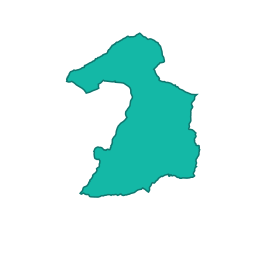 Tasco, Boyacá, Colombia, rotated 228°
{"feature_id": "7082276B19242876050337", "entity_name": "Tasco", "entity_type": "district", "adm_level": 2, "iso_a3": "COL", "parent_name": "Colombia", "parent_adm1": "Boyacá", "projection": "natural_earth1", "projection_center": [-72.717, 5.898], "detail": "fine", "context": "isolated", "style": "filled", "palette": "teal", "viewbox_px": 256, "rotation_deg": 228, "n_neighbors": 0, "source": "geoboundaries", "source_scale": "gbopen_adm2", "svg_char_len": 5865}
<svg xmlns="http://www.w3.org/2000/svg" viewBox="0 0 256 256"><g transform="rotate(228 128 128)"><path d="M69.5,167.1L70.8,167.8L71.9,167.8L73.1,168.1L73.5,168.5L73.8,169.0L74.5,169.2L74.9,169.5L75.3,170.1L75.8,170.6L75.7,171.3L76.2,172.9L76.9,173.3L78.0,173.5L78.9,175.1L79.8,174.9L81.0,175.0L83.5,174.6L85.0,173.6L86.1,172.5L86.6,172.4L86.9,172.6L87.9,174.6L89.6,175.6L90.2,176.3L90.9,178.8L91.4,179.6L94.9,182.5L95.4,183.2L96.4,184.0L97.2,184.9L98.1,185.5L98.6,186.0L99.6,187.6L100.0,189.5L100.5,190.3L101.6,190.3L101.9,190.8L102.2,190.7L103.1,191.0L104.0,192.0L104.2,192.5L104.7,196.4L105.0,196.8L106.7,198.6L106.8,199.5L106.8,201.5L108.0,200.1L110.5,197.7L114.9,195.6L115.9,194.9L119.7,193.9L122.1,192.6L123.5,192.3L125.2,192.5L125.7,192.3L126.1,191.6L126.9,191.3L127.2,191.3L127.8,191.8L128.1,191.9L128.5,191.8L128.7,191.0L129.1,190.6L129.5,190.5L132.0,190.0L132.8,189.6L135.1,188.2L136.5,186.7L138.2,186.1L139.0,185.0L140.2,184.1L142.3,183.2L143.1,183.2L143.5,184.2L144.8,184.7L145.7,184.8L147.3,184.5L150.6,185.3L153.0,186.4L154.4,186.4L154.5,190.7L154.9,192.0L154.9,192.9L154.8,194.3L155.1,195.2L153.8,197.2L153.1,198.5L153.1,199.5L153.6,200.0L156.7,201.8L158.7,202.1L159.5,202.5L162.1,204.4L167.0,206.8L169.7,206.8L171.1,207.3L171.4,207.3L173.2,206.4L175.5,206.1L178.3,204.9L179.0,204.5L179.9,203.4L180.4,202.2L180.7,202.0L183.7,201.8L184.6,201.3L185.4,200.6L189.9,200.3L190.6,200.1L190.8,199.5L190.9,198.3L191.2,197.8L191.4,197.0L191.5,196.2L191.3,195.0L192.3,192.8L194.1,190.9L194.2,190.3L194.6,190.0L196.0,189.5L196.5,188.9L196.7,186.5L196.9,186.1L197.0,185.3L197.3,184.9L197.6,183.6L197.5,182.7L197.9,181.6L197.9,180.8L198.2,180.2L198.4,178.6L198.8,177.4L199.2,177.2L199.4,176.7L199.4,175.9L199.0,174.9L199.1,174.7L199.4,174.5L199.4,173.9L199.3,173.6L199.6,173.1L199.6,172.4L200.0,171.4L199.6,170.7L199.6,169.8L199.2,169.1L199.3,168.2L199.0,167.8L198.9,167.3L198.9,166.7L199.1,165.9L198.6,164.9L198.7,164.4L198.1,164.0L197.7,162.6L197.7,162.1L198.2,160.6L198.8,159.6L198.9,158.6L199.2,158.1L199.0,157.1L199.5,155.4L199.7,153.7L200.4,153.0L200.4,152.3L200.2,151.7L200.3,151.3L201.1,150.4L201.1,149.9L200.6,149.2L200.7,148.7L200.5,147.9L201.1,146.9L201.1,145.9L201.5,144.2L201.9,143.3L202.7,139.6L203.0,138.8L202.9,138.0L203.4,137.7L203.2,136.9L202.6,136.5L202.3,136.0L203.4,134.3L203.5,132.7L204.4,130.3L204.8,129.7L206.0,127.3L207.2,126.6L207.4,124.9L208.2,123.0L208.1,122.3L207.6,120.6L207.0,120.2L206.9,119.1L206.7,119.0L206.8,118.8L206.3,117.9L206.3,117.6L206.1,117.4L206.2,117.0L205.8,117.0L205.7,116.4L205.4,115.2L205.0,114.9L204.4,114.8L204.1,114.6L204.0,114.0L203.7,113.6L202.1,114.5L201.6,115.0L200.9,116.0L200.4,117.2L199.8,117.6L197.1,118.3L194.6,118.5L188.2,120.5L185.9,120.8L184.9,120.8L183.9,120.6L182.6,120.6L181.9,120.3L180.2,123.6L179.2,127.0L177.6,131.0L177.2,133.0L178.4,133.6L178.9,134.0L179.2,134.5L180.4,135.2L179.8,137.9L180.0,141.6L178.4,142.2L178.4,142.4L173.0,147.1L172.1,148.1L171.9,149.1L171.2,149.8L170.6,149.1L166.4,153.1L164.7,154.5L163.9,154.9L158.5,156.3L157.2,156.4L156.2,156.3L154.5,155.6L152.0,153.5L148.4,152.3L147.3,151.1L146.6,148.6L146.1,147.7L143.2,144.3L142.7,142.4L142.4,140.6L141.8,138.7L141.7,137.6L141.4,137.0L140.2,135.7L139.4,135.1L137.4,134.4L136.6,134.4L136.0,131.7L135.9,129.1L136.4,125.6L136.1,123.9L136.0,122.3L135.2,120.2L133.4,117.1L133.1,116.9L132.7,116.3L131.5,115.0L130.8,113.2L130.7,111.3L129.9,108.7L128.0,106.8L127.5,106.6L127.4,106.2L127.1,106.0L127.0,105.6L126.8,105.5L126.8,105.1L126.2,103.9L126.2,103.3L125.3,102.7L125.1,102.2L125.1,101.8L124.4,101.1L124.0,100.2L124.1,99.9L124.5,99.8L124.7,99.3L125.1,99.1L125.3,99.1L125.8,98.8L126.1,97.9L126.1,97.2L126.3,97.2L126.3,96.9L126.5,96.9L126.6,96.3L127.4,96.0L127.6,95.5L130.9,95.3L132.0,94.6L132.7,93.7L133.9,93.0L134.4,92.2L134.4,91.7L134.8,90.5L134.7,89.6L133.4,86.9L133.1,87.0L132.6,86.8L131.2,85.3L129.4,84.0L128.0,83.2L126.9,83.2L126.0,83.8L125.4,83.9L124.2,85.5L123.8,85.3L123.0,85.3L122.5,85.2L121.6,84.4L120.7,83.3L120.5,82.6L120.2,82.4L119.7,81.9L118.8,81.2L118.6,80.7L118.5,80.1L118.8,78.6L118.7,77.3L117.5,76.8L117.0,76.1L116.8,75.2L116.5,74.7L116.4,73.6L116.6,72.9L116.6,70.6L116.1,69.7L115.6,69.3L115.4,69.0L114.9,67.3L114.7,65.7L114.8,64.7L113.9,64.0L113.8,63.7L113.9,63.1L113.7,62.5L113.2,61.7L112.8,60.6L112.5,58.5L113.5,55.8L113.5,54.9L112.8,53.6L112.3,53.0L111.9,52.1L111.7,50.7L111.7,49.9L111.5,48.7L110.2,49.0L109.9,49.4L109.7,50.6L109.3,51.5L108.0,51.7L106.7,52.3L105.1,54.0L104.1,54.1L103.0,53.7L102.4,53.9L101.7,54.4L98.9,57.2L96.6,59.7L95.7,61.6L95.5,62.9L95.1,63.4L94.1,64.2L93.6,65.7L92.7,66.8L92.0,68.4L90.4,70.1L89.3,70.4L89.1,71.5L88.7,72.0L87.9,72.6L86.9,74.4L86.4,74.8L84.8,75.3L84.0,78.1L83.7,78.6L82.9,78.5L81.8,78.9L81.2,79.2L80.7,79.8L80.1,81.2L79.2,82.2L78.8,83.3L77.8,85.0L77.5,86.3L75.9,89.3L75.7,90.5L75.6,92.5L75.4,93.6L75.0,94.7L73.5,97.1L73.7,98.5L73.5,98.9L72.3,99.1L71.2,99.6L69.1,99.8L66.7,100.3L66.7,100.7L67.5,102.6L69.1,103.8L69.5,104.3L69.7,105.2L69.9,106.6L70.6,107.8L71.0,108.9L70.9,109.7L69.9,110.3L69.5,110.7L69.5,111.4L69.9,113.8L69.7,114.9L69.7,115.6L70.2,116.8L70.0,118.6L69.9,120.4L69.2,120.8L68.9,121.2L68.3,123.9L66.6,127.1L66.1,127.3L65.4,126.3L65.0,126.2L64.6,126.3L64.3,127.1L64.7,128.1L64.7,128.3L64.4,128.7L64.1,128.8L63.2,128.6L62.8,128.9L62.6,129.2L62.4,130.0L61.2,131.0L60.6,131.3L59.0,131.4L58.1,131.8L57.1,132.8L56.3,132.8L55.8,133.1L54.8,134.2L54.4,135.2L51.3,138.3L49.8,140.4L49.2,141.9L48.1,143.1L47.8,145.3L48.1,145.6L49.4,145.6L50.0,145.8L50.5,146.1L50.9,146.7L51.6,149.0L52.8,150.0L53.3,150.9L53.6,151.7L53.5,153.0L54.2,152.8L54.5,153.0L55.2,153.7L56.1,155.5L57.1,156.0L58.0,156.3L58.4,156.9L59.2,157.7L59.5,159.0L59.5,159.4L60.0,160.3L60.3,162.1L60.9,162.6L61.1,163.4L62.1,164.0L63.1,165.5L63.7,166.0L63.8,166.7L65.1,167.1L65.5,167.3L65.7,167.8L67.2,168.9L67.8,168.7L68.7,167.5L69.3,167.2L69.5,167.1Z" fill="#14b8a6" stroke="#0f766e" stroke-width="1.5"/></g></svg>